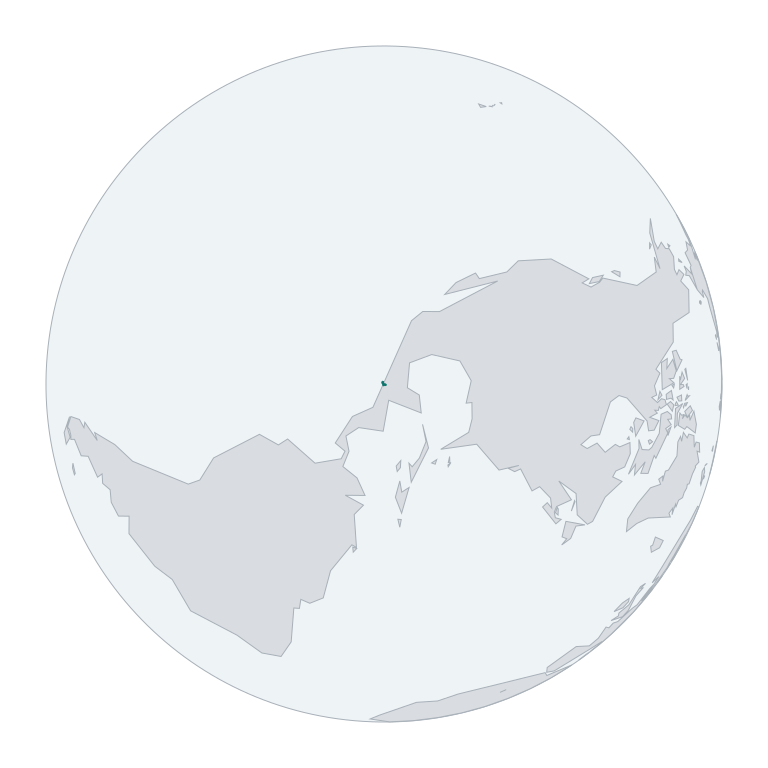 Quezaltenango on an orthographic globe, rotated 95°
{"feature_id": "GTM-1945", "entity_name": "Quezaltenango", "entity_type": "Department", "adm_level": 1, "iso_a3": "GTM", "parent_name": "Guatemala", "parent_adm1": "", "projection": "orthographic", "projection_center": [-91.716, 14.866], "detail": "fine", "context": "on_globe", "style": "filled", "palette": "teal", "viewbox_px": 768, "rotation_deg": 95, "n_neighbors": 0, "source": "natural_earth", "source_scale": "10m", "svg_char_len": 9112}
<svg xmlns="http://www.w3.org/2000/svg" viewBox="0 0 768 768"><g transform="rotate(95 384 384)"><circle cx="384" cy="384" r="338" fill="#eef3f6" stroke="#a8b0b8"/><path d="M462.2,420.1L454.3,417.0L447.0,427.4L419.1,412.6L408.2,393.0L318.5,362.1L308.4,351.7L307.0,335.0L271.5,279.7L289.5,331.3L276.7,321.1L265.5,302.5L270.7,298.2L261.7,271.4L249.6,261.0L244.9,228.3L261.4,189.1L266.0,195.4L269.4,186.2L263.9,178.1L259.4,175.2L263.8,140.5L248.7,122.6L234.0,125.8L245.0,119.1L210.4,132.4L195.8,133.1L218.4,127.2L225.5,123.0L218.6,120.2L224.4,115.4L224.4,111.7L231.9,106.6L244.5,104.7L249.6,101.7L244.4,100.1L248.7,94.8L255.5,97.4L263.6,88.7L286.2,86.3L298.3,101.4L317.0,99.5L345.6,114.4L349.2,110.1L362.3,114.4L371.2,111.4L374.0,116.1L378.7,109.9L374.5,106.3L375.1,102.7L380.0,100.9L384.4,106.1L382.6,107.8L386.4,108.4L386.5,112.0L389.2,109.2L394.0,116.4L396.5,107.0L406.4,110.8L407.6,116.3L397.9,118.7L376.8,140.7L375.0,148.9L382.1,156.9L415.7,164.8L417.7,173.3L427.3,182.6L430.6,176.0L424.3,166.6L432.8,157.7L424.0,148.3L426.1,143.7L420.9,133.9L432.0,132.6L445.6,137.0L450.5,145.5L456.6,148.1L460.3,138.4L477.4,153.8L502.7,164.2L506.0,169.1L497.5,180.1L476.4,183.1L465.4,201.4L483.0,187.2L491.0,201.4L496.7,203.2L502.3,201.7L503.4,195.7L508.3,200.6L492.7,215.3L488.0,211.0L493.0,206.1L483.1,208.1L472.7,220.0L477.6,227.2L456.7,240.5L459.9,246.2L457.2,252.9L453.4,242.6L459.7,261.9L435.9,286.4L444.1,321.8L424.8,295.4L411.0,293.2L394.8,294.8L395.9,300.5L373.1,297.4L354.4,310.4L350.5,339.0L360.7,360.4L385.7,360.4L391.9,347.9L409.6,344.4L399.8,377.9L431.1,380.7L429.6,405.4L439.1,417.4L454.1,413.0L469.8,417.8L479.9,402.7L496.7,393.2L498.2,412.9L506.5,393.9L516.6,402.3L549.2,397.2L547.0,402.0L574.7,421.0L602.4,425.9L608.9,438.8L605.8,448.1L614.9,448.7L615.0,454.3L649.0,454.0L664.4,462.8L662.6,482.2L647.0,508.6L626.8,556.9L597.2,577.9L585.5,596.5L555.3,625.0L537.9,626.4L538.7,637.0L525.6,645.4L513.2,647.6L507.5,655.6L498.1,657.0L501.8,661.2L481.8,672.4L481.9,679.4L466.1,687.5L466.5,691.1L462.3,691.5L456.6,693.4L454.5,695.5L443.7,693.1L445.9,684.3L453.7,679.1L448.2,678.7L465.3,664.7L457.6,668.0L467.8,646.9L482.9,627.7L500.8,570.3L495.7,559.1L472.5,547.3L445.0,503.7L453.9,483.9L447.2,475.2L468.9,445.8L462.2,420.1ZM96.8,314.1L98.7,306.3L100.0,311.9L96.8,314.1ZM98.3,301.2L98.0,303.9L98.0,301.6L98.3,301.2ZM97.3,299.3L98.0,300.7L96.9,299.8L97.3,299.3ZM95.5,297.6L96.6,298.2L96.3,298.4L95.5,297.6ZM443.8,334.1L479.5,348.3L460.7,352.2L464.0,348.7L454.7,342.3L437.7,337.1L420.8,342.1L443.8,334.1ZM93.8,292.7L93.5,291.3L94.7,291.0L93.8,292.7ZM456.6,313.1L450.5,312.3L456.3,311.6L456.6,313.1ZM256.5,175.0L263.2,178.6L266.1,188.2L259.8,185.5L256.5,175.0ZM251.9,158.6L256.6,158.3L252.3,167.0L250.9,164.4L251.9,158.6ZM222.1,129.9L226.5,131.2L220.3,131.7L222.1,129.9ZM223.1,112.2L220.0,113.5L221.3,111.2L223.1,112.2ZM415.2,135.5L418.0,134.7L417.5,136.9L415.2,135.5ZM410.3,132.1L407.7,135.2L405.0,134.2L406.7,132.3L410.3,132.1ZM233.9,101.4L237.0,97.6L236.1,101.0L233.9,101.4ZM414.1,128.7L400.5,131.9L395.8,130.1L398.1,121.7L414.1,128.7ZM240.2,95.3L247.4,87.2L241.1,89.1L262.8,80.1L249.5,89.3L249.3,92.9L245.3,92.7L240.2,95.3ZM371.0,106.1L375.7,109.7L367.3,108.5L371.0,106.1ZM365.4,106.3L338.5,109.5L333.9,104.0L343.9,103.6L334.3,98.4L345.4,94.0L353.1,95.9L353.8,100.2L357.5,95.3L365.4,106.3ZM273.5,76.9L277.2,75.0L275.8,76.7L273.5,76.9ZM374.7,101.2L369.7,102.0L365.4,97.1L374.7,94.6L373.1,96.9L374.7,101.2ZM326.4,99.6L324.9,95.9L333.4,91.2L333.9,89.2L345.2,93.4L326.4,99.6ZM376.5,97.1L379.5,93.5L386.0,94.4L379.4,100.1L376.5,97.1ZM360.3,97.0L358.7,94.7L362.7,95.1L360.3,97.0ZM410.6,96.6L404.7,97.1L401.9,94.4L410.6,96.6ZM380.2,92.1L377.9,91.9L376.2,91.1L379.4,89.0L380.2,92.1ZM350.4,90.1L354.3,89.1L346.2,88.1L352.3,85.0L358.7,88.6L358.5,85.8L360.3,84.9L363.5,88.9L350.4,90.1ZM377.4,84.7L387.7,89.2L399.3,88.5L402.1,90.7L382.9,91.4L377.4,84.7ZM369.0,86.7L374.8,85.9L375.3,88.7L371.6,91.0L369.0,86.7ZM354.0,81.8L343.1,85.6L342.1,84.7L354.0,81.8ZM380.7,83.9L378.1,82.9L381.5,83.5L380.7,83.9ZM362.1,81.7L358.4,83.0L357.3,82.0L362.1,81.7ZM376.1,80.1L379.5,81.4L377.1,82.9L376.1,80.1ZM369.6,80.4L369.1,78.7L374.2,82.6L368.2,81.1L369.6,80.4ZM361.7,80.5L359.9,80.3L363.4,80.1L361.7,80.5ZM383.4,74.4L390.4,79.0L385.1,82.0L379.0,77.0L383.4,74.4ZM460.3,698.4L443.9,694.4L453.8,696.1L464.4,692.0L471.6,695.3L460.3,698.4ZM490.0,687.0L500.1,683.8L501.4,684.5L494.7,687.0L490.0,687.0ZM612.8,135.4L612.0,134.6L619.2,141.4L619.8,141.9L626.7,148.9L621.4,144.2L630.0,155.6L655.0,189.5L657.0,196.8L652.2,196.7L628.8,169.6L627.0,156.7L618.7,148.4L606.8,141.6L607.3,138.7L602.2,134.8L600.3,130.4L585.7,117.0L581.9,112.6L564.6,101.4L560.3,98.0L571.8,105.2L577.8,108.6L567.1,100.0L564.7,98.4L589.6,115.8L612.8,135.4ZM558.3,94.5L551.2,90.3L550.5,89.9L558.3,94.5ZM544.6,86.7L540.8,84.7L537.3,82.9L544.6,86.7ZM531.8,80.1L536.1,82.5L524.0,77.1L510.6,71.1L507.9,70.4L529.8,80.3L537.4,84.0L541.9,85.8L563.6,98.3L569.8,102.8L551.9,93.5L558.7,99.5L541.7,90.9L492.9,66.8L478.5,60.9L479.1,59.7L491.7,63.7L493.9,64.5L495.9,65.1L531.8,80.1ZM386.8,46.1L364.1,47.1L348.0,48.2L350.8,47.7L324.2,51.6L308.2,54.7L310.9,54.2L299.9,57.2L304.8,56.1L305.3,56.2L279.5,66.0L270.7,69.1L262.6,74.9L264.0,75.0L270.0,72.9L262.8,80.1L241.1,89.1L239.1,88.4L227.0,95.5L224.1,93.3L216.1,95.5L220.0,90.4L213.3,93.5L209.3,96.1L197.2,103.0L189.3,107.8L203.0,98.6L212.7,92.7L232.7,84.6L226.1,86.3L232.9,82.9L233.7,81.9L228.6,84.0L224.8,86.1L229.3,83.6L254.0,72.1L279.5,62.6L305.8,55.3L332.5,50.0L359.6,47.0L386.8,46.1ZM720.1,348.9L718.9,368.6L714.4,359.9L698.3,323.9L695.1,303.0L686.5,283.4L657.5,198.3L660.2,196.4L647.5,172.4L662.0,191.8L675.0,212.2L686.5,233.4L696.5,255.4L704.9,278.1L711.6,301.3L716.7,324.9L720.1,348.9ZM677.8,235.6L681.1,241.6L677.8,235.6ZM550.2,396.8L554.2,400.0L549.2,400.9L550.2,396.8ZM458.8,360.6L466.0,360.4L470.0,363.2L464.7,364.7L458.8,360.6ZM517.5,355.0L525.3,355.8L517.5,358.4L517.5,355.0ZM484.9,350.0L511.2,355.2L495.8,362.8L479.2,359.8L490.2,356.9L484.9,350.0ZM454.7,324.9L459.4,326.0L458.5,329.7L454.7,324.9ZM460.8,312.8L459.1,313.3L456.4,310.5L460.8,312.8ZM491.9,200.5L493.3,199.5L499.4,199.2L497.3,202.0L491.9,200.5ZM521.6,184.6L528.9,193.0L522.2,188.5L520.8,193.3L505.0,190.8L506.8,171.5L508.8,180.4L521.6,184.6ZM484.5,183.4L494.3,186.3L483.5,184.0L484.5,183.4ZM576.2,121.1L579.5,121.4L586.1,126.5L590.7,135.0L581.3,127.3L576.2,121.1ZM582.7,120.9L563.5,110.8L559.8,106.1L565.1,110.3L564.6,108.2L573.0,114.5L588.2,120.9L595.0,126.1L599.9,137.2L594.6,130.3L591.7,130.0L582.7,120.9ZM521.1,102.3L512.8,100.3L515.6,92.2L523.1,95.2L528.3,103.0L522.4,104.2L521.1,102.3ZM420.8,114.3L417.4,115.8L416.2,114.1L418.1,111.4L420.8,114.3ZM408.1,97.0L434.3,106.7L431.7,108.6L450.1,113.2L450.6,120.4L438.7,117.0L452.8,126.6L442.2,126.4L452.6,132.6L426.0,124.3L417.0,125.3L426.8,121.2L426.6,114.4L423.8,111.7L409.3,105.5L390.0,105.3L386.7,99.4L389.5,95.3L393.7,94.4L394.5,98.3L399.4,94.4L403.8,99.5L408.1,97.0ZM424.4,63.6L423.6,66.3L434.3,63.5L438.7,66.8L439.7,66.3L446.7,68.9L456.9,71.4L457.5,73.1L461.2,73.4L465.9,75.5L471.2,76.7L474.1,80.4L480.8,82.4L478.4,83.1L489.1,85.7L482.4,85.5L487.9,88.9L491.5,87.2L494.5,109.1L500.9,120.0L509.9,129.6L497.2,129.4L480.7,120.9L464.2,109.5L459.8,99.7L454.9,102.0L451.4,98.2L456.7,98.0L446.3,96.1L444.9,93.1L430.2,85.9L416.1,86.2L410.4,84.0L415.2,82.5L406.1,81.5L411.3,77.3L407.3,75.9L408.4,70.8L420.0,69.4L414.6,68.0L415.2,64.7L424.4,63.6ZM384.1,72.9L396.9,69.3L405.6,69.7L400.0,78.6L402.9,80.5L399.6,87.2L387.1,86.7L389.2,84.7L388.3,82.8L392.6,83.7L388.5,81.5L391.2,78.9L388.8,76.7L393.6,76.1L384.1,72.9ZM635.4,158.7L633.6,156.5L640.8,164.4L641.9,165.9L635.4,158.7ZM626.5,149.0L632.9,155.7L630.1,152.9L626.5,149.0ZM569.4,103.3L566.8,101.1L568.9,102.3L573.2,105.2L569.4,103.3ZM457.0,59.6L455.2,60.2L452.9,59.6L443.3,59.4L439.3,57.5L443.5,56.9L457.0,59.6ZM451.0,57.5L447.5,57.5L447.7,56.6L451.0,57.5ZM435.9,56.2L435.0,55.0L437.7,57.3L435.9,56.2ZM445.8,51.8L446.5,51.9L430.9,49.6L411.6,47.4L429.4,49.2L438.9,50.6L445.8,51.8ZM370.3,46.8L369.1,47.5L364.6,47.5L364.2,47.3L370.3,46.8ZM373.2,47.0L381.1,47.5L377.2,48.1L371.6,47.5L373.2,47.0ZM416.7,50.5L422.2,50.9L422.0,51.5L416.7,50.5ZM274.5,75.2L276.9,75.1L273.1,76.4L274.5,75.2ZM308.2,55.6L308.2,56.0L303.7,57.1L308.2,55.6ZM305.7,58.0L310.8,56.5L306.9,58.1L305.7,58.0ZM321.9,53.4L313.5,55.9L319.4,53.6L321.9,53.4Z" fill="#d9dde1" stroke="#a8b0b8" stroke-width="1"/><path d="M385.6,384.3L385.6,384.5L385.4,384.7L385.2,384.9L384.9,384.9L384.8,385.0L384.7,385.0L384.7,384.9L384.6,385.0L384.4,385.1L384.2,385.2L384.2,384.9L384.2,384.7L384.1,384.8L383.9,384.9L383.7,385.0L383.6,385.3L383.5,385.5L383.4,385.7L383.4,385.8L383.2,386.0L382.8,386.1L382.7,386.1L382.4,385.9L382.3,386.0L382.1,385.6L381.7,385.4L381.8,385.1L382.0,385.0L382.0,384.9L382.7,384.8L383.0,384.8L383.3,384.8L383.4,384.6L383.5,384.6L383.7,384.1L383.8,384.0L383.8,383.8L383.9,383.7L384.0,383.6L384.1,383.4L384.2,383.0L384.2,382.9L384.0,382.7L384.2,382.3L384.3,382.2L384.5,382.1L384.6,381.9L385.0,382.0L385.1,382.3L384.7,382.4L384.7,382.5L384.9,383.2L384.9,383.3L385.0,383.4L385.0,383.5L385.2,383.8L385.3,383.7L385.4,383.9L385.5,384.0L385.6,384.3Z" fill="#14b8a6" stroke="#0f766e" stroke-width="1.5"/></g></svg>